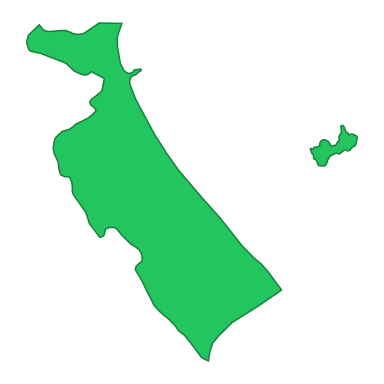 the district of Cua Lo, Nghệ An, Vietnam
{"feature_id": "81297802B13550924224659", "entity_name": "Cua Lo", "entity_type": "district", "adm_level": 2, "iso_a3": "VNM", "parent_name": "Vietnam", "parent_adm1": "Nghệ An", "projection": "orthographic", "projection_center": [105.737, 18.789], "detail": "fine", "context": "isolated", "style": "filled", "palette": "green", "viewbox_px": 384, "rotation_deg": 0, "n_neighbors": 0, "source": "geoboundaries", "source_scale": "gbopen_adm2", "svg_char_len": 2818}
<svg xmlns="http://www.w3.org/2000/svg" viewBox="0 0 384 384"><path d="M281.5,289.9L267.7,271.2L261.1,263.8L255.2,259.1L242.0,245.7L227.1,226.8L220.1,218.0L201.7,197.4L178.7,170.4L167.3,154.3L154.7,134.6L152.8,131.2L144.2,115.1L135.7,99.3L130.5,85.9L129.7,83.2L129.8,80.6L130.5,78.2L132.2,75.9L134.3,75.2L136.1,74.5L138.0,72.6L139.9,71.5L141.1,70.8L141.1,69.6L140.4,69.0L138.8,69.3L135.6,69.8L134.3,69.9L133.3,71.7L131.8,72.7L129.2,73.5L127.0,72.9L125.0,71.4L123.5,69.9L122.0,66.6L120.4,63.5L117.5,46.8L117.3,37.3L119.0,31.7L121.9,23.4L99.0,23.0L89.2,29.8L84.1,33.2L81.5,34.0L77.4,34.4L73.1,33.6L68.8,31.6L65.7,30.6L61.0,30.5L58.5,30.7L52.8,31.3L48.1,31.5L45.2,30.7L43.1,29.7L39.3,24.8L28.4,35.2L27.1,40.0L26.7,43.0L28.7,49.2L29.9,50.8L31.6,51.4L39.9,53.2L52.6,58.0L66.1,63.3L74.2,71.1L76.6,72.2L80.8,74.1L84.3,75.0L86.1,75.0L88.0,74.4L90.0,72.8L91.0,71.6L104.3,78.4L102.2,89.4L100.9,91.9L94.5,97.1L91.2,99.5L89.8,102.1L90.8,105.1L94.1,107.3L95.5,109.5L95.9,111.1L91.6,115.3L87.3,118.5L80.1,122.1L75.3,124.5L73.4,126.5L68.9,129.5L62.5,131.3L59.2,134.1L55.1,138.3L53.8,143.3L53.2,148.1L54.0,153.1L58.0,161.8L59.0,169.0L59.5,171.3L59.8,172.6L60.8,174.8L64.3,176.6L67.8,176.9L69.8,177.3L70.4,178.9L71.8,182.1L72.4,188.3L72.2,190.7L73.0,193.9L76.2,198.8L83.5,209.0L86.0,212.7L89.4,223.5L98.0,234.9L99.6,237.1L100.8,237.3L103.1,236.1L104.3,234.5L104.9,231.7L105.6,229.1L108.9,227.6L112.5,227.4L115.2,227.8L117.0,229.2L121.2,234.5L130.4,243.8L135.7,247.0L139.2,249.8L141.6,254.0L142.0,256.8L142.2,259.2L142.0,261.0L139.3,263.2L136.1,266.2L135.3,269.7L142.0,281.1L142.8,282.7L146.7,290.8L154.3,305.7L160.1,311.9L163.3,314.9L167.2,317.8L174.6,325.0L179.2,331.4L184.4,335.2L189.9,341.9L201.7,357.7L208.4,361.0L210.0,351.1L212.7,343.1L218.4,336.1L232.1,322.5L256.2,307.4L278.8,292.0L281.5,289.9ZM348.5,134.6L347.6,132.7L346.5,132.2L345.7,131.1L344.2,127.0L343.3,125.9L342.4,125.4L341.3,125.6L340.9,126.2L340.9,127.4L341.4,130.9L341.3,132.8L339.7,134.9L339.2,136.1L338.9,137.8L339.4,139.8L339.1,140.5L337.4,142.2L336.4,144.2L335.9,145.1L331.6,146.1L330.7,145.6L329.6,143.2L327.7,141.0L325.1,139.9L323.8,139.7L322.5,140.0L320.9,141.1L320.0,142.4L319.8,144.1L319.7,145.8L317.0,147.0L315.0,147.2L314.1,147.3L313.7,148.0L313.3,148.8L312.2,149.0L311.7,148.5L310.9,148.5L310.4,149.0L310.3,149.7L311.0,150.7L312.0,153.7L313.5,155.1L313.6,155.8L313.5,158.2L314.1,158.9L316.0,160.0L317.0,161.6L318.2,165.0L318.6,165.6L323.2,166.1L324.6,165.9L325.5,165.2L327.4,162.0L327.6,160.3L328.2,159.1L329.2,157.6L329.5,156.9L330.2,156.0L336.2,153.0L339.4,154.1L344.1,150.2L345.7,149.6L346.7,150.1L347.5,151.0L348.5,150.8L350.2,150.1L351.2,148.5L353.0,146.8L354.1,146.3L355.3,145.6L356.1,143.3L356.6,140.2L357.3,138.1L357.1,136.8L356.1,135.7L353.0,134.3L351.8,134.0L349.5,134.6L348.5,134.6Z" fill="#22c55e" stroke="#15803d" stroke-width="1.5"/></svg>